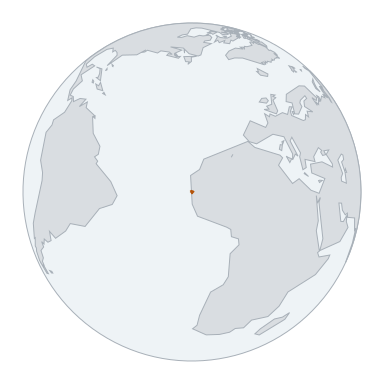 Boffa highlighted on a globe, orthographic projection, rotated 33°
{"feature_id": "GIN-5628", "entity_name": "Boffa", "entity_type": "Prefecture", "adm_level": 1, "iso_a3": "GIN", "parent_name": "Guinea", "parent_adm1": "", "projection": "orthographic", "projection_center": [-14.034, 10.295], "detail": "fine", "context": "on_globe", "style": "filled", "palette": "amber", "viewbox_px": 384, "rotation_deg": 33, "n_neighbors": 0, "source": "natural_earth", "source_scale": "10m", "svg_char_len": 8940}
<svg xmlns="http://www.w3.org/2000/svg" viewBox="0 0 384 384"><g transform="rotate(33 192 192)"><circle cx="192" cy="192" r="169" fill="#eef3f6" stroke="#a8b0b8"/><path d="M140.6,31.1L127.3,37.6L130.7,36.4L127.8,38.8L130.7,38.5L127.4,40.2L132.5,38.6L135.0,37.1L138.0,35.9L139.9,35.8L136.1,37.8L134.6,38.2L134.5,38.8L131.7,39.9L134.2,39.3L129.3,42.1L136.9,39.2L135.3,41.4L131.4,43.4L128.2,43.2L111.0,49.2L106.0,52.1L102.1,55.8L102.3,62.0L98.3,65.5L95.4,70.2L99.2,67.9L102.9,63.5L109.4,61.0L113.0,56.5L116.2,55.1L121.4,50.9L124.4,51.6L124.6,54.8L120.4,58.4L120.3,60.1L127.4,57.0L122.7,64.9L124.8,72.2L123.1,74.6L114.3,77.6L106.4,76.0L95.0,82.0L106.2,78.5L101.9,85.2L102.8,86.7L105.3,86.9L108.4,84.6L107.8,87.2L96.4,91.1L96.8,88.8L100.4,87.4L96.7,87.0L89.0,90.6L87.4,94.2L77.4,97.4L76.2,100.2L73.3,102.8L76.0,97.9L71.0,107.0L59.0,115.2L52.0,132.2L54.7,118.1L53.1,115.8L50.5,115.0L49.2,117.7L47.6,114.2L43.0,118.7L36.7,131.5L33.7,142.4L36.0,144.5L38.8,139.1L41.7,139.2L35.1,154.1L39.5,158.5L36.4,170.2L37.1,177.1L40.4,176.6L43.4,180.7L47.2,174.5L52.5,171.9L51.0,181.7L55.2,173.5L57.3,178.9L68.9,181.0L67.6,183.0L77.2,196.6L89.9,203.8L92.9,211.4L91.1,215.6L96.1,217.5L96.2,220.5L118.2,227.5L131.2,235.9L131.9,245.8L123.4,256.3L121.1,279.1L107.1,284.8L107.3,293.5L102.8,305.1L93.9,302.6L100.3,309.5L98.5,312.6L93.7,311.9L96.2,316.2L92.9,315.5L97.5,318.9L97.2,323.3L103.2,328.2L104.3,331.6L108.4,334.4L106.9,334.0L106.7,334.6L108.4,335.9L101.6,332.5L93.9,326.3L92.0,323.7L90.0,322.7L85.4,315.7L85.1,316.8L75.9,304.6L71.8,294.9L60.0,264.0L56.1,257.1L47.7,247.8L37.1,221.4L38.1,212.1L36.6,206.9L41.7,194.5L41.5,181.0L40.1,178.5L37.9,182.9L34.1,172.7L34.4,162.1L31.6,140.1L33.2,134.6L36.3,126.7L41.1,116.0L47.0,105.3L53.6,95.1L61.0,85.3L69.0,76.2L77.7,67.6L87.0,59.6L96.8,52.4L107.1,45.9L117.9,40.1L129.1,35.2L140.6,31.1ZM49.4,137.8L54.6,148.5L49.5,148.1L50.8,146.8L50.0,142.8L47.7,138.6L43.8,139.2L49.4,137.8ZM56.4,129.5L55.4,128.5L56.7,128.8L56.4,129.5ZM119.4,50.9L120.4,50.9L118.9,51.6L119.4,50.9ZM120.7,49.2L118.3,50.0L118.6,49.4L120.1,48.9L120.7,49.2ZM123.6,48.4L119.4,48.2L119.9,47.1L126.0,44.3L123.6,48.4ZM134.9,36.7L132.4,38.3L132.7,37.2L134.9,36.7ZM134.4,36.3L131.0,35.5L135.7,33.4L135.8,33.9L140.5,31.8L144.4,31.1L142.8,32.1L139.0,33.5L143.4,32.3L134.4,36.3ZM139.3,35.4L138.2,35.3L142.1,33.4L145.1,33.4L142.8,34.0L139.3,35.4ZM139.7,31.7L143.2,30.5L147.4,29.6L149.3,29.1L144.9,30.9L139.7,31.7ZM142.9,34.3L146.4,33.5L146.3,34.3L140.6,35.5L142.9,34.3ZM141.9,33.0L144.0,32.2L143.8,32.6L141.9,33.0ZM147.9,37.3L146.5,36.9L148.4,35.8L147.9,37.3ZM147.8,33.1L147.8,32.8L148.4,32.5L150.7,32.1L147.8,33.1ZM148.1,30.3L149.1,30.3L150.1,29.4L153.3,29.0L149.8,30.4L152.6,29.6L153.6,29.5L149.7,30.8L148.1,30.3ZM154.8,30.8L151.4,32.9L153.6,33.8L151.9,34.7L148.7,33.1L154.8,30.8ZM152.1,30.6L153.4,30.9L150.6,31.7L148.1,32.1L152.1,30.6ZM156.7,28.2L152.7,28.6L153.6,28.3L156.7,28.2ZM155.9,30.8L156.7,30.3L156.4,30.8L155.9,30.8ZM157.0,28.8L155.5,28.8L156.6,28.5L157.0,28.8ZM159.5,29.4L158.4,30.0L156.7,30.2L159.5,29.4ZM158.8,29.0L160.6,28.5L156.7,29.9L158.0,29.0L158.8,29.0ZM158.3,28.4L158.8,28.5L158.3,28.4ZM166.8,28.6L162.3,30.4L158.4,30.7L163.4,28.9L166.8,28.6ZM114.7,339.2L103.1,333.4L108.8,336.2L108.4,334.7L116.1,338.7L114.7,339.2ZM115.5,335.4L117.6,334.9L119.4,335.8L118.3,336.4L115.5,335.4ZM359.2,167.7L354.3,147.4L349.1,133.1L349.1,135.5L342.5,125.2L336.3,128.5L333.8,125.1L333.0,127.7L328.0,125.3L323.5,119.9L321.2,121.2L332.8,135.6L335.0,134.4L334.6,127.2L337.6,132.8L342.1,136.7L343.0,153.0L331.1,171.5L327.2,159.9L304.0,131.4L303.1,127.8L302.9,127.4L302.5,126.7L303.1,132.8L298.2,127.3L313.6,147.4L317.3,156.7L331.0,172.2L330.3,174.4L333.9,177.3L341.9,169.8L342.6,173.8L340.5,194.0L326.9,223.6L327.2,240.3L323.5,255.1L311.7,267.0L309.2,277.8L302.6,282.9L299.9,289.1L292.6,296.5L281.7,304.1L267.0,306.4L268.8,301.0L265.5,291.2L262.1,265.8L268.7,252.8L268.6,243.3L257.6,223.0L260.2,210.7L256.5,206.0L249.4,208.0L244.9,202.3L240.3,202.6L209.8,209.3L198.8,202.1L181.8,178.9L186.1,169.0L184.0,158.0L211.3,119.1L220.4,120.4L245.7,113.2L249.4,114.0L250.0,122.4L271.7,130.1L274.6,122.5L290.8,125.7L299.3,123.9L296.1,108.3L282.1,110.8L276.2,104.1L284.6,95.9L296.3,94.5L294.4,92.0L284.1,87.4L283.8,82.2L280.1,85.6L283.8,87.8L281.7,90.2L278.1,88.4L278.2,86.5L273.8,86.0L274.8,96.1L278.6,99.5L269.0,103.1L274.5,109.3L272.9,112.9L263.1,103.8L261.7,100.1L245.9,91.7L246.4,95.7L261.4,104.2L258.0,103.9L258.9,110.3L255.6,105.2L239.0,95.6L228.4,99.5L219.9,116.4L212.6,118.6L204.1,116.3L202.0,100.6L218.6,97.7L218.1,92.8L210.3,86.8L216.0,86.7L214.9,84.1L220.7,83.1L224.6,76.2L229.9,74.9L227.2,67.5L229.6,66.1L230.5,70.7L233.9,73.6L246.5,71.4L247.7,69.6L245.0,65.2L248.8,65.5L244.5,61.5L249.7,59.0L239.8,59.0L236.3,54.7L237.2,51.0L234.2,49.8L232.9,56.0L233.9,58.5L237.7,60.6L239.0,68.6L235.6,70.5L227.4,62.8L221.7,64.9L217.9,58.7L223.9,44.7L228.6,41.9L245.1,45.1L246.5,47.6L241.2,47.5L249.9,51.1L247.4,49.1L250.5,49.6L248.0,46.3L250.1,46.5L244.1,43.2L246.4,43.1L250.2,45.3L248.4,41.1L252.1,40.6L250.7,39.7L248.1,38.7L254.5,39.2L253.2,38.5L250.6,38.0L246.2,36.4L241.0,33.9L243.5,34.2L245.7,35.1L254.1,37.9L259.6,40.7L260.1,40.7L255.9,38.3L245.7,34.9L241.9,33.4L246.6,34.6L244.6,34.0L243.4,33.4L244.7,33.2L239.4,31.8L223.7,26.5L224.5,26.2L230.4,27.5L227.5,26.8L239.2,29.8L250.7,33.6L261.9,38.2L272.7,43.5L283.1,49.7L293.0,56.5L302.4,64.1L311.2,72.3L319.5,81.1L327.1,90.5L334.0,100.4L340.1,110.8L345.6,121.5L350.2,132.7L354.0,144.1L357.0,155.8L359.2,167.7ZM205.8,138.1L206.0,141.4L206.0,141.5L205.8,138.1ZM311.5,101.4L316.7,100.5L309.6,92.1L311.0,91.3L308.0,89.0L309.0,91.6L301.1,85.3L301.5,82.2L298.4,78.8L296.5,78.9L296.9,85.8L308.3,94.5L309.2,98.5L311.5,101.4ZM69.3,181.0L70.5,183.1L68.5,182.8L69.3,181.0ZM47.7,151.9L49.3,152.6L49.8,154.4L48.4,154.4L47.7,151.9ZM63.9,156.4L66.3,157.8L63.4,158.0L63.9,156.4ZM55.6,149.9L62.0,155.6L56.4,157.3L52.5,153.8L55.8,153.8L55.6,149.9ZM53.5,134.7L54.2,135.8L53.3,137.4L53.5,134.7ZM57.4,129.9L56.9,129.9L57.0,128.3L57.4,129.9ZM102.6,85.0L103.5,84.8L105.5,85.5L103.6,86.3L102.6,85.0ZM120.4,82.8L119.0,87.2L118.7,84.4L115.7,86.1L111.4,82.9L122.0,75.6L118.0,79.3L120.4,82.8ZM108.6,77.2L110.1,79.6L108.0,77.3L108.6,77.2ZM202.9,72.8L206.3,73.9L206.1,76.9L199.4,79.9L199.5,75.5L202.9,72.8ZM211.1,75.0L204.9,67.2L208.8,65.5L207.7,67.7L210.9,67.3L209.9,70.8L219.7,77.3L220.2,80.5L207.5,83.5L211.4,80.5L207.9,79.4L211.1,75.0ZM182.2,55.0L179.5,52.9L191.4,51.7L192.5,53.9L185.9,56.7L180.7,55.7L182.2,55.0ZM135.2,44.1L133.4,44.2L134.5,43.5L136.9,42.8L135.2,44.1ZM147.0,37.2L144.1,43.1L141.9,43.4L142.8,47.1L137.4,49.6L137.0,47.0L133.5,51.9L131.0,50.6L129.2,54.0L128.9,48.0L126.5,47.4L131.3,47.1L136.3,44.7L137.8,43.6L140.1,40.0L137.4,38.1L141.9,35.9L145.9,34.9L147.2,35.0L143.8,36.3L148.1,35.5L144.2,37.5L147.0,37.2ZM189.5,30.9L185.0,31.2L192.8,32.2L189.0,33.3L190.1,33.4L188.7,34.8L189.1,36.8L186.8,37.2L187.9,37.8L187.0,39.0L187.7,40.1L184.0,41.3L184.6,42.9L182.4,42.6L184.5,45.0L181.3,43.8L179.8,45.5L183.7,45.8L161.5,52.1L154.7,56.4L150.7,61.0L145.7,59.0L146.2,53.7L150.0,47.7L157.2,44.2L153.7,44.2L156.1,42.6L157.9,43.2L156.6,41.3L159.0,40.2L162.4,36.4L158.9,34.9L160.0,33.7L162.6,33.8L161.9,32.6L167.6,32.0L168.5,31.3L175.1,30.3L179.6,31.3L180.3,30.4L185.3,29.9L189.5,30.9ZM168.7,28.3L175.0,28.8L175.9,29.7L164.1,31.2L162.5,32.0L155.0,33.4L153.7,32.1L156.0,31.8L157.9,31.2L157.5,31.8L159.3,30.9L162.5,30.4L164.7,29.7L166.1,29.9L168.7,28.3ZM251.5,110.6L254.0,110.6L257.5,109.8L258.0,114.0L251.5,110.6ZM240.2,104.2L242.2,103.4L244.7,108.4L242.0,108.6L240.2,104.2ZM241.1,98.9L242.1,102.9L240.0,100.8L241.1,98.9ZM232.1,69.9L233.9,69.1L234.9,70.1L234.9,71.8L232.1,69.9ZM211.9,36.0L209.2,35.6L209.2,35.2L204.6,33.4L207.0,32.7L210.8,33.5L211.9,36.0ZM295.0,111.3L293.8,114.6L291.9,113.5L292.7,112.5L295.0,111.3ZM276.0,114.4L281.3,115.5L276.1,115.5L276.0,114.4ZM213.9,35.0L211.7,34.3L214.3,34.4L213.9,35.0ZM208.6,32.2L211.3,32.2L206.8,32.5L208.6,32.2ZM339.2,248.2L326.2,275.3L322.0,276.7L323.8,269.6L330.3,253.6L336.0,247.7L339.5,240.0L339.2,248.2ZM231.8,31.5L235.6,34.4L239.9,36.8L244.9,38.2L239.5,37.8L232.8,34.1L231.8,31.5ZM224.4,26.9L220.0,26.2L220.8,26.1L221.9,26.2L224.4,26.9ZM222.6,26.8L219.4,26.8L216.2,26.1L219.3,26.2L222.6,26.8ZM216.9,30.0L217.8,30.8L215.6,30.5L216.9,30.0Z" fill="#d9dde1" stroke="#a8b0b8" stroke-width="1"/><path d="M193.0,193.0L192.9,193.2L192.8,193.3L192.7,193.3L192.5,193.2L192.4,193.1L192.2,193.0L192.2,192.9L191.9,192.8L191.9,192.7L192.0,192.6L191.9,192.6L192.0,192.5L192.0,192.4L191.9,192.4L191.8,192.5L191.7,192.7L191.7,192.4L191.6,192.5L191.4,192.5L191.4,192.4L191.1,192.2L190.9,192.2L190.7,192.1L190.8,192.0L190.8,191.9L190.7,191.9L190.5,191.7L190.5,191.4L190.8,191.2L191.3,191.1L191.5,191.0L191.7,190.9L192.0,190.9L192.0,191.0L192.3,190.9L192.5,190.8L192.6,190.7L192.8,190.7L193.2,190.8L193.2,191.2L193.0,191.3L192.9,191.4L192.8,191.5L192.6,191.7L192.6,191.8L192.6,192.0L192.5,192.3L192.4,192.5L192.7,192.9L192.8,192.9L193.0,193.0L193.0,193.0Z" fill="#f59e0b" stroke="#b45309" stroke-width="1.5"/></g></svg>